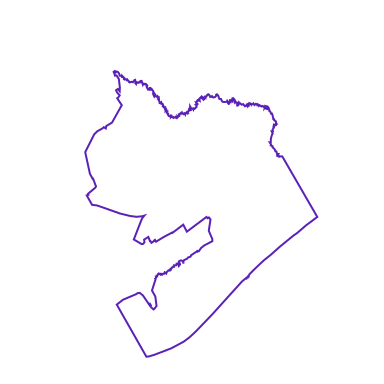 the district of Rucavas pag., Rucavas, Latvia, rotated 250°
{"feature_id": "27541924B59290429759101", "entity_name": "Rucavas pag.", "entity_type": "district", "adm_level": 2, "iso_a3": "LVA", "parent_name": "Latvia", "parent_adm1": "Rucavas", "projection": "natural_earth1", "projection_center": [21.143, 56.166], "detail": "fine", "context": "isolated", "style": "outline", "palette": "violet", "viewbox_px": 384, "rotation_deg": 250, "n_neighbors": 0, "source": "geoboundaries", "source_scale": "gbopen_adm2", "svg_char_len": 6119}
<svg xmlns="http://www.w3.org/2000/svg" viewBox="0 0 384 384"><g transform="rotate(250 192 192)"><path d="M52.8,92.8L52.2,95.5L51.9,100.8L52.2,119.1L54.2,133.0L56.4,140.2L59.9,148.4L70.1,169.2L90.8,208.3L92.6,213.2L91.2,214.1L92.1,213.7L92.8,214.3L93.8,216.0L93.9,216.6L93.6,216.6L95.0,217.7L98.6,225.4L103.2,236.1L106.1,244.7L110.5,255.7L116.3,272.3L117.5,276.8L121.6,287.6L125.7,301.2L194.6,289.0L195.6,286.3L196.5,285.9L195.7,285.6L196.9,284.4L198.2,286.1L198.6,284.9L201.2,285.2L201.7,284.3L203.8,284.3L206.5,283.0L207.4,283.4L208.8,282.0L209.3,282.5L211.8,282.1L211.3,282.8L215.4,284.5L218.5,286.8L219.3,287.8L221.8,287.6L221.4,288.8L223.1,289.1L224.5,291.0L225.1,290.7L225.9,291.1L225.8,291.6L227.1,292.0L226.2,292.8L226.1,293.7L227.2,293.9L227.1,294.7L227.9,294.3L228.8,295.0L230.1,294.8L231.1,293.8L231.7,294.0L232.4,293.5L232.6,293.9L233.6,293.5L236.7,294.0L238.4,293.9L238.4,293.2L240.9,293.0L241.5,292.4L242.6,292.8L244.4,292.5L244.6,292.8L246.4,292.3L246.9,291.6L246.3,291.8L245.8,291.2L244.2,291.1L244.7,290.4L245.6,290.3L244.7,289.6L246.1,289.9L246.4,289.5L246.1,289.0L246.8,289.4L247.9,289.0L247.5,288.4L249.0,287.2L248.7,286.4L250.5,285.2L250.0,284.3L251.7,284.0L252.1,283.6L251.7,283.1L252.4,283.1L252.5,282.3L253.0,282.1L252.4,280.5L254.2,280.0L253.6,279.2L254.2,278.2L253.8,277.7L254.7,277.7L255.2,277.1L254.6,277.1L255.5,276.9L255.8,276.2L255.4,276.0L255.5,275.6L254.9,275.8L255.1,274.9L254.4,275.4L254.3,274.9L253.7,274.6L254.3,274.0L253.6,273.5L255.2,273.1L254.5,272.0L254.4,271.1L257.1,270.1L257.0,268.6L259.8,267.0L258.9,266.8L258.5,265.8L257.8,265.3L257.7,264.1L258.3,264.1L259.1,265.4L259.7,265.3L260.7,264.9L260.9,264.4L260.7,264.0L263.0,263.7L262.4,263.1L264.6,263.5L266.2,262.7L266.2,261.9L265.7,261.7L265.1,261.7L264.7,262.4L264.0,262.0L264.2,261.2L263.4,260.9L265.1,259.9L265.3,259.2L263.5,258.9L264.0,258.3L262.3,257.2L262.2,256.6L263.1,256.2L264.1,256.8L265.7,256.3L264.9,255.5L265.0,254.7L265.9,252.2L266.9,251.2L269.4,251.1L270.2,249.5L273.7,249.6L275.3,248.8L275.2,248.0L274.1,247.6L273.4,246.2L273.4,244.7L274.1,244.0L275.1,243.8L275.2,243.4L274.8,243.1L275.3,242.8L275.1,241.6L277.5,241.4L278.2,240.8L277.9,240.5L278.1,239.6L276.9,238.3L277.2,237.3L276.3,237.0L276.7,236.8L276.4,236.3L277.0,236.2L276.7,235.6L275.1,235.4L274.8,234.6L275.5,234.6L275.5,234.1L277.5,234.1L277.2,233.1L278.3,233.3L277.1,230.7L275.2,230.4L276.5,229.5L276.5,228.8L276.1,228.6L275.6,229.0L275.7,227.7L274.9,226.9L275.0,226.5L273.3,227.1L273.6,226.2L272.8,226.0L272.7,225.5L272.0,226.2L271.1,225.4L270.4,225.4L269.2,222.8L269.6,222.1L270.9,222.3L269.2,221.4L270.1,221.2L270.7,219.9L273.1,219.5L271.1,218.7L269.4,218.9L269.4,217.8L270.8,218.2L271.1,217.7L269.5,216.9L269.2,216.1L267.6,214.9L268.9,214.6L268.5,213.8L267.8,214.4L268.0,212.5L267.3,212.1L268.5,211.9L268.1,210.7L269.2,210.3L269.4,209.9L269.2,209.5L270.4,209.6L269.5,206.8L269.1,206.5L268.8,206.8L268.3,206.3L268.6,206.1L267.7,205.9L267.6,204.6L268.3,204.2L267.6,204.0L267.6,203.5L266.9,203.7L266.6,203.1L268.2,202.4L267.7,201.5L268.6,200.4L268.1,199.9L269.2,198.9L270.4,198.9L269.8,197.9L270.5,198.2L271.2,197.8L270.6,197.1L271.4,196.1L273.2,195.8L273.9,196.4L274.9,195.4L275.9,195.5L276.2,196.1L276.6,195.3L277.3,196.1L278.1,196.1L277.6,195.1L278.4,195.5L278.8,194.9L280.3,195.7L280.6,195.2L281.0,195.5L281.3,194.5L281.9,194.5L282.4,193.8L283.4,194.2L283.1,194.6L285.1,194.5L286.0,193.6L286.8,193.7L286.4,192.9L287.0,192.6L286.2,192.5L286.7,192.0L287.4,192.4L289.8,192.1L290.2,192.7L291.9,193.0L291.8,192.4L292.5,192.9L292.6,192.4L293.9,192.3L293.6,191.6L293.1,191.7L294.4,190.8L294.7,189.7L295.2,189.7L294.7,189.2L296.8,189.0L296.4,190.6L298.2,190.2L298.3,189.4L299.9,190.1L301.9,189.3L302.2,188.3L302.4,189.0L303.0,188.3L303.1,189.0L304.1,188.5L304.2,188.0L303.3,187.5L303.0,186.9L304.3,186.1L304.0,185.6L306.3,185.3L307.2,186.4L308.2,186.1L308.1,185.6L309.2,185.6L309.8,184.8L309.5,184.3L310.3,183.5L309.5,182.5L313.6,182.7L313.8,181.9L313.2,181.4L313.7,181.2L313.0,180.3L313.3,179.7L312.9,179.2L314.0,177.8L313.4,177.7L313.4,177.1L312.5,176.4L313.6,176.0L313.8,176.5L316.8,176.9L316.8,176.3L315.9,176.1L316.1,175.3L315.4,174.0L316.1,173.4L316.3,171.0L317.1,170.9L317.1,170.4L319.1,169.9L319.3,169.1L320.2,169.4L320.7,167.1L321.3,166.6L321.9,166.7L322.2,167.4L324.4,166.4L323.8,166.3L324.0,165.5L325.2,165.5L326.0,163.9L328.4,164.0L330.3,163.3L332.1,160.7L331.5,160.3L331.6,159.5L331.0,159.4L330.3,160.6L330.0,159.7L327.7,159.4L327.3,161.0L323.1,161.9L314.7,159.9L311.4,158.5L314.2,157.6L313.6,155.4L310.9,155.7L307.5,157.1L305.9,154.8L305.7,153.8L297.6,155.7L284.6,140.6L283.3,134.0L281.2,132.7L283.1,131.3L282.4,129.8L281.5,123.9L279.7,119.9L266.0,105.3L244.0,102.3L238.3,103.2L238.3,103.6L230.0,103.7L229.1,102.5L225.9,93.7L224.8,93.7L224.8,91.9L214.1,93.7L211.9,98.1L196.4,117.0L190.6,125.7L187.7,131.3L186.2,137.0L186.1,139.1L184.9,137.0L183.6,135.4L167.3,121.1L160.2,126.9L160.0,128.4L161.1,130.2L163.6,130.7L164.7,135.6L160.1,135.7L160.0,136.2L158.1,136.5L158.9,139.8L159.4,139.8L159.7,140.8L157.6,141.2L159.4,150.2L160.7,159.5L160.3,159.6L164.3,172.6L156.5,173.6L163.6,197.1L162.1,197.6L162.4,198.6L161.9,198.9L162.0,199.3L159.9,200.0L149.8,194.5L140.9,195.0L138.8,194.3L137.6,185.3L136.3,181.4L134.0,178.1L134.8,176.9L134.1,176.4L134.4,175.9L132.9,169.6L131.7,168.4L131.9,166.2L130.9,164.3L130.8,161.5L130.0,160.4L127.7,159.4L129.5,159.7L130.9,159.1L131.5,158.4L131.5,156.4L130.8,155.6L129.1,156.1L128.7,155.4L127.9,155.8L127.0,154.3L129.5,154.3L129.9,153.0L128.7,152.2L128.5,151.7L129.3,150.1L127.8,149.3L128.3,148.5L128.1,147.7L127.2,146.8L127.2,146.1L126.6,145.8L127.1,145.4L125.8,144.3L126.4,143.7L126.1,143.2L126.3,142.8L125.3,140.7L124.2,139.9L125.9,138.9L124.7,137.7L125.2,136.0L124.5,135.6L124.7,135.2L125.6,135.2L125.9,134.5L125.3,134.0L126.6,133.1L126.2,132.8L126.5,132.1L125.4,131.1L125.5,130.3L124.6,130.2L124.8,129.2L124.2,129.2L123.5,128.6L123.2,127.8L122.4,127.9L113.1,120.7L106.4,121.8L97.0,119.7L94.9,116.3L94.8,115.7L97.4,114.3L99.2,113.7L99.6,114.6L101.4,114.2L101.0,113.2L111.6,110.5L115.1,108.4L115.6,106.3L115.1,104.6L114.4,90.4L111.9,82.8L52.8,92.8Z" fill="none" stroke="#5b21b6" stroke-width="2"/></g></svg>